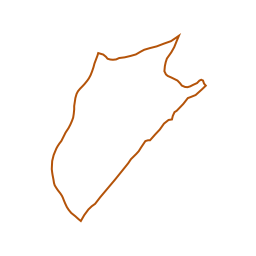 the district of Djouè, Haut-Ogooué, Gabon, rotated 192°
{"feature_id": "22940354B62509297980866", "entity_name": "Djouè", "entity_type": "district", "adm_level": 2, "iso_a3": "GAB", "parent_name": "Gabon", "parent_adm1": "Haut-Ogooué", "projection": "equal_earth", "projection_center": [14.27, -0.747], "detail": "fine", "context": "isolated", "style": "outline", "palette": "amber", "viewbox_px": 256, "rotation_deg": 192, "n_neighbors": 0, "source": "geoboundaries", "source_scale": "gbopen_adm2", "svg_char_len": 1553}
<svg xmlns="http://www.w3.org/2000/svg" viewBox="0 0 256 256"><g transform="rotate(192 128 128)"><path d="M172.7,195.1L172.9,192.6L174.2,184.1L174.4,180.2L174.9,175.9L175.6,171.8L176.6,168.4L177.7,165.8L179.7,161.9L181.2,159.4L183.1,156.4L184.6,153.5L185.4,150.6L185.7,146.4L185.5,143.3L185.2,138.3L184.5,135.0L184.0,130.5L183.8,126.7L184.3,123.2L185.1,119.3L186.2,115.4L188.1,110.6L188.9,107.5L190.5,101.4L191.9,98.5L193.0,95.7L193.8,93.1L194.4,89.9L195.1,86.1L195.3,80.0L194.6,75.5L194.0,71.9L192.8,68.4L192.0,66.3L190.3,62.3L188.9,58.7L187.7,56.6L185.4,54.2L183.5,52.4L180.5,49.9L178.5,47.9L177.2,46.2L175.7,43.9L173.9,41.3L171.4,38.0L169.0,35.6L165.9,33.1L161.3,30.8L157.7,28.7L154.8,27.2L152.7,33.7L149.8,40.1L147.2,43.9L144.4,47.0L140.8,54.5L129.8,75.1L120.5,93.5L118.6,98.2L114.5,104.4L112.7,107.5L111.2,111.6L108.3,118.8L106.0,120.1L103.9,120.6L100.1,127.3L96.6,133.1L93.7,139.8L90.0,144.3L86.8,145.5L86.7,149.1L85.8,153.2L84.0,154.9L79.0,162.9L76.9,167.2L75.7,169.7L73.3,171.2L68.7,174.3L63.4,181.6L60.7,185.6L62.9,187.3L64.5,190.0L66.4,190.4L68.0,189.2L69.8,186.3L73.2,183.8L75.9,181.6L78.3,180.3L80.8,180.0L84.2,180.7L86.4,182.6L89.5,184.7L96.1,186.4L100.0,187.2L102.0,188.3L104.2,191.1L104.8,196.2L104.8,200.2L104.4,204.0L101.4,211.0L99.6,216.7L98.5,223.0L97.4,228.8L98.7,227.4L104.0,221.9L110.4,218.0L116.9,213.8L123.4,210.6L128.4,207.9L131.5,205.3L135.6,201.6L140.5,199.0L146.0,196.4L151.2,194.6L153.9,192.6L157.0,191.6L159.7,191.3L162.4,191.5L164.4,193.1L167.5,194.7L172.7,195.1Z" fill="none" stroke="#b45309" stroke-width="2"/></g></svg>